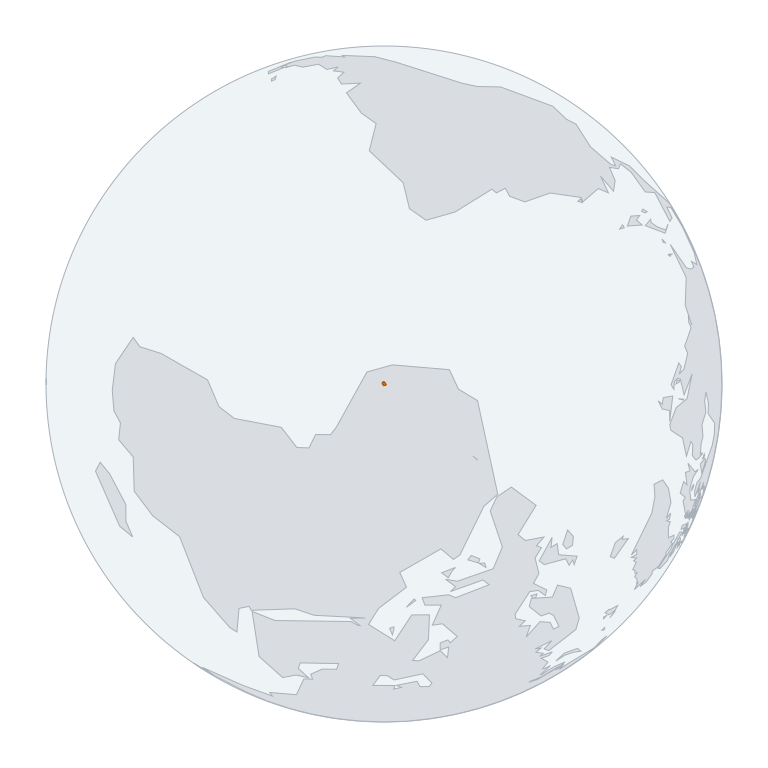 Lola highlighted on a globe, orthographic projection, rotated 130°
{"feature_id": "GIN-5650", "entity_name": "Lola", "entity_type": "Prefecture", "adm_level": 1, "iso_a3": "GIN", "parent_name": "Guinea", "parent_adm1": "", "projection": "orthographic", "projection_center": [-8.285, 7.882], "detail": "fine", "context": "on_globe", "style": "filled", "palette": "amber", "viewbox_px": 768, "rotation_deg": 130, "n_neighbors": 0, "source": "natural_earth", "source_scale": "10m", "svg_char_len": 9095}
<svg xmlns="http://www.w3.org/2000/svg" viewBox="0 0 768 768"><g transform="rotate(130 384 384)"><circle cx="384" cy="384" r="338" fill="#eef3f6" stroke="#a8b0b8"/><path d="M274.4,64.4L256.3,71.7L262.8,69.3L255.7,73.5L260.6,72.6L253.7,75.9L263.6,72.5L269.0,69.8L275.1,67.6L278.5,67.2L270.3,70.9L267.4,71.7L266.7,72.7L261.1,74.9L265.8,73.6L255.4,78.8L270.6,73.2L266.5,77.2L258.2,80.9L252.8,80.9L220.1,93.1L210.0,98.7L201.4,105.6L198.4,116.6L189.9,123.4L183.1,132.3L190.6,127.7L198.6,119.4L210.9,114.2L219.3,105.8L225.5,102.9L236.7,95.0L241.7,96.1L240.6,101.8L231.6,108.8L230.8,111.9L244.9,105.9L233.4,120.7L235.1,134.5L231.4,139.0L214.3,145.0L200.4,142.4L178.3,154.4L199.4,147.1L189.8,160.1L191.1,162.9L195.6,163.0L201.8,158.5L200.0,163.6L178.4,171.7L179.8,167.1L186.6,164.3L180.0,163.7L165.4,171.0L161.7,178.0L143.5,184.9L140.7,190.4L135.1,195.6L140.9,186.1L130.1,203.8L108.2,220.9L93.1,254.3L100.6,227.1L98.8,222.8L95.2,221.9L92.4,227.2L91.4,221.2L84.0,230.7L71.7,256.5L64.4,277.8L66.6,281.0L71.6,270.1L75.7,269.5L63.3,299.6L68.9,307.3L62.9,330.9L63.3,344.3L68.4,342.8L73.1,350.5L79.6,337.7L88.8,332.1L85.6,351.7L93.3,335.0L96.6,345.5L116.8,348.8L114.4,352.9L130.9,379.5L154.0,393.2L159.4,408.4L156.1,416.9L165.3,420.7L165.5,426.6L206.7,440.2L231.5,457.0L233.3,477.2L217.5,498.6L214.8,545.2L189.6,557.4L191.0,575.5L185.1,599.9L168.7,595.4L181.6,609.5L179.3,616.2L170.9,615.1L176.6,624.0L170.7,623.0L179.7,629.9L181.1,639.7L193.4,649.8L197.2,657.4L205.5,663.2L202.9,662.5L203.1,663.9L206.8,666.8L194.1,659.9L178.1,647.2L173.5,641.5L169.9,639.6L158.8,624.4L159.0,627.0L139.3,601.6L129.5,581.1L103.5,517.7L96.2,503.9L81.5,485.6L62.8,433.3L63.9,414.2L61.5,404.0L69.6,378.2L70.0,351.3L67.9,346.7L64.1,355.7L59.2,336.2L61.0,315.5L62.1,281.1L70.3,258.4L80.1,236.2L91.5,214.9L104.3,194.4L118.6,174.8L134.2,156.4L151.2,139.1L169.3,123.1L188.5,108.4L208.7,95.1L229.9,83.3L251.8,73.0L274.4,64.4ZM87.8,265.6L94.7,285.7L86.4,285.6L88.7,283.0L87.9,275.2L84.9,267.3L78.9,269.1L87.8,265.6ZM100.9,248.7L99.3,246.8L101.5,247.3L100.9,248.7ZM233.1,95.1L234.8,95.1L231.9,96.5L233.1,95.1ZM236.4,92.0L231.7,93.7L232.6,92.5L235.4,91.5L236.4,92.0ZM241.9,90.3L234.6,90.3L236.2,88.3L248.4,82.9L241.9,90.3ZM269.2,69.2L263.6,72.0L265.1,70.2L269.2,69.2ZM268.7,68.7L264.6,68.1L274.5,64.4L273.9,64.9L284.3,61.2L291.2,59.5L287.0,61.2L279.2,63.8L287.8,61.4L268.7,68.7ZM277.7,66.7L276.0,66.6L284.5,63.2L289.5,62.8L285.1,64.0L277.7,66.7ZM294.9,58.0L298.4,57.1L302.2,56.1L292.2,59.2L284.6,61.0L294.9,58.0ZM284.9,64.5L291.8,62.9L290.9,64.2L280.0,66.6L284.9,64.5ZM284.6,62.6L288.9,61.1L288.1,61.8L284.6,62.6ZM291.5,69.3L289.3,68.6L293.5,66.6L291.5,69.3ZM294.5,62.2L294.7,61.8L296.2,61.1L300.4,60.4L294.5,62.2ZM298.2,57.8L299.9,57.7L302.7,56.4L308.5,55.4L300.7,57.8L306.5,56.3L308.3,56.1L300.0,58.5L298.2,57.8ZM308.9,57.9L301.1,61.6L304.3,63.0L300.6,64.6L296.1,62.2L308.9,57.9ZM304.4,57.9L306.4,58.2L300.8,59.7L296.0,60.5L304.4,57.9ZM315.2,54.0L308.3,54.9L310.3,54.4L315.2,54.0ZM311.0,57.9L312.8,57.1L311.9,57.8L311.0,57.9ZM315.1,54.7L312.5,54.9L314.7,54.3L315.1,54.7ZM318.8,55.5L316.2,56.5L312.9,56.9L318.8,55.5ZM318.0,54.8L321.8,54.0L313.2,56.5L316.4,55.0L318.0,54.8ZM317.7,54.1L318.2,53.8L318.5,54.1L317.7,54.1ZM332.9,53.9L322.9,56.9L315.6,57.6L326.3,54.4L332.9,53.9ZM218.9,673.4L197.0,662.0L207.6,667.5L205.8,664.0L220.7,671.9L218.9,673.4ZM217.5,664.5L220.8,663.1L224.3,664.9L222.8,666.3L217.5,664.5ZM702.1,270.1L708.9,293.4L716.2,325.3L717.8,341.0L705.5,298.1L694.8,268.9L693.7,273.2L678.3,251.4L661.4,255.8L656.0,248.9L653.5,253.6L642.2,248.2L632.9,236.9L627.4,239.1L651.5,268.9L657.0,266.9L657.5,253.0L663.5,264.3L674.0,272.9L673.0,304.6L643.0,338.8L635.2,315.4L587.1,256.5L585.8,249.3L585.4,248.6L584.5,247.2L585.1,259.1L575.2,247.9L606.1,288.9L613.5,307.8L642.7,340.3L641.1,344.5L649.1,350.8L668.5,337.3L669.7,345.4L663.5,385.2L632.3,442.5L633.6,476.5L626.7,506.4L601.1,529.2L597.2,551.4L583.2,560.9L578.2,573.6L563.4,588.2L541.0,602.8L509.5,606.1L512.4,595.0L503.9,574.3L494.3,521.8L507.4,495.9L506.6,476.5L483.2,434.8L488.7,410.0L481.2,400.4L466.6,403.9L457.3,392.4L448.0,392.7L385.8,404.8L364.0,389.9L331.0,343.1L340.1,323.6L336.6,301.7L395.3,226.0L413.4,228.9L466.1,216.0L473.7,218.0L473.7,234.4L518.2,250.8L525.2,236.2L559.4,243.9L578.1,241.3L573.8,210.7L543.1,214.3L531.6,200.8L551.3,185.6L577.3,184.4L573.7,179.3L552.1,169.4L552.8,159.4L544.0,165.4L551.5,170.1L546.2,174.5L539.0,170.6L539.6,166.9L530.3,165.6L530.1,185.1L537.7,192.0L516.5,198.0L527.1,210.5L523.2,217.4L503.9,199.0L501.7,191.8L470.2,174.4L470.5,182.2L500.3,199.7L493.3,198.8L494.0,211.3L488.0,201.1L455.3,181.6L432.7,188.6L413.0,221.0L397.9,225.0L381.1,220.2L379.2,189.5L413.2,184.5L413.0,175.1L398.4,163.1L409.9,163.2L408.1,158.2L420.2,156.4L429.6,143.5L440.7,141.3L437.1,127.0L442.3,124.4L443.0,133.2L449.4,138.9L476.1,135.6L479.1,132.2L474.6,123.6L482.6,124.5L474.8,116.7L486.5,112.4L465.7,111.7L459.8,103.4L462.9,96.6L457.2,94.1L452.2,105.5L453.5,110.4L460.7,114.5L461.1,129.7L453.5,133.2L438.9,118.0L426.5,121.8L420.5,109.7L437.8,84.0L448.7,79.2L482.3,86.4L484.0,91.1L472.8,90.5L489.9,97.9L485.2,93.9L491.8,95.2L487.9,88.9L492.4,89.6L480.9,82.9L486.0,83.1L493.1,87.3L491.6,79.7L500.1,79.4L497.6,77.5L492.6,75.5L506.7,77.4L504.3,76.0L498.7,74.7L490.1,71.4L480.5,66.6L485.9,67.5L490.1,69.3L507.1,75.1L517.5,80.8L518.7,80.8L511.0,76.2L490.3,68.9L483.0,65.9L492.7,68.6L488.6,67.3L486.7,66.2L489.8,66.2L479.1,63.1L450.5,53.2L453.7,53.4L465.6,56.1L464.3,55.8L487.3,62.2L509.7,70.3L531.5,80.0L552.5,91.1L572.7,103.7L592.0,117.7L610.2,133.0L627.4,149.5L643.3,167.3L657.9,186.1L671.1,205.9L683.0,226.5L693.3,248.0L702.1,270.1ZM382.0,263.1L382.0,269.6L382.0,263.1ZM609.8,199.6L622.1,198.8L607.9,181.8L611.4,180.5L605.3,175.6L606.8,180.7L590.5,167.6L592.7,161.9L586.8,155.0L582.3,155.0L581.0,167.9L604.3,186.1L605.2,193.8L609.8,199.6ZM117.5,348.7L119.5,352.9L116.0,352.4L117.5,348.7ZM82.9,293.1L85.4,294.4L86.0,297.8L83.6,298.1L82.9,293.1ZM109.9,300.4L113.9,303.1L108.7,303.6L109.9,300.4ZM96.3,288.5L106.6,299.1L96.7,302.8L90.6,296.4L96.1,296.1L96.3,288.5ZM95.0,259.1L96.1,261.0L94.2,264.3L95.0,259.1ZM102.4,249.2L101.6,249.3L102.1,246.3L102.4,249.2ZM191.1,159.6L192.8,159.1L196.3,160.3L192.6,162.0L191.1,159.6ZM224.3,154.8L220.6,163.1L220.7,157.9L214.8,161.2L207.6,155.1L229.1,141.0L220.7,148.1L224.3,154.8ZM204.0,144.5L206.1,149.0L203.0,144.7L204.0,144.5ZM386.4,135.9L393.0,138.2L392.0,143.9L377.8,149.5L379.1,140.9L386.4,135.9ZM402.5,140.4L391.8,125.4L400.2,122.2L397.3,126.3L403.9,125.7L401.0,132.4L419.4,145.2L419.7,151.4L393.5,156.6L401.9,151.1L395.0,148.8L402.5,140.4ZM349.9,101.6L345.4,97.5L369.4,95.5L370.8,99.7L356.9,104.8L346.9,102.9L349.9,101.6ZM264.7,81.8L261.5,82.2L263.8,80.9L268.4,79.6L264.7,81.8ZM290.1,69.1L281.4,79.7L277.2,80.4L277.2,87.0L266.1,91.7L266.5,87.0L258.0,96.2L253.9,93.9L249.3,100.2L251.4,89.3L247.4,88.4L256.1,87.5L266.4,83.0L269.6,80.8L275.8,74.3L272.3,71.2L281.9,67.2L289.7,65.2L292.0,65.3L285.0,67.7L293.1,66.2L284.8,69.8L290.1,69.1ZM374.7,57.7L365.6,58.1L380.5,60.1L372.2,61.9L374.5,62.1L370.9,64.6L370.5,68.1L365.9,68.8L367.7,70.0L365.4,72.0L366.4,74.1L358.4,76.2L359.0,79.1L354.9,78.6L357.9,83.1L352.1,80.8L348.5,83.9L356.1,84.5L310.6,95.9L296.1,104.1L287.2,112.7L278.3,108.9L281.0,99.1L290.3,88.0L305.5,81.3L298.7,81.4L304.0,78.4L307.2,79.6L305.5,76.1L310.7,74.2L319.0,67.3L313.4,64.7L316.2,62.6L321.0,62.7L320.6,60.6L331.6,59.6L333.9,58.2L347.1,56.5L355.0,58.2L357.0,56.7L367.1,55.9L374.7,57.7ZM336.7,53.4L348.0,54.0L349.1,55.6L325.7,58.2L322.1,59.5L307.1,62.3L305.9,60.2L310.3,59.5L314.2,58.4L313.0,59.5L317.0,57.8L323.2,57.0L327.9,55.7L330.3,56.1L336.7,53.4ZM478.6,211.4L483.8,211.6L491.1,210.2L491.6,218.5L478.6,211.4ZM456.3,198.2L460.4,196.7L464.8,206.7L459.3,207.0L456.3,198.2ZM459.0,188.0L460.3,195.9L456.4,191.7L459.0,188.0ZM446.5,131.8L450.5,130.3L452.3,132.2L451.8,135.5L446.5,131.8ZM417.1,67.7L411.7,66.7L412.0,66.0L403.5,62.6L408.9,61.5L416.2,63.2L417.1,67.7ZM570.7,216.4L567.5,222.7L563.7,220.3L565.6,218.6L570.7,216.4ZM529.4,220.6L540.6,223.3L529.4,222.8L529.4,220.6ZM421.6,65.9L417.5,64.5L422.7,64.9L421.6,65.9ZM412.5,60.7L418.0,60.8L408.6,61.1L412.5,60.7ZM601.8,642.0L598.2,645.3L596.7,646.3L601.8,642.0ZM662.8,495.1L636.2,549.0L626.4,551.1L629.2,536.4L642.2,504.4L655.1,493.4L662.7,478.2L662.8,495.1ZM716.8,328.1L719.8,346.3L720.0,350.3L716.8,328.1ZM462.2,61.5L468.0,66.7L475.7,71.2L485.8,74.3L474.1,72.8L462.1,65.8L462.2,61.5ZM451.4,53.7L442.6,52.1L444.6,52.1L446.9,52.5L451.4,53.7ZM447.3,53.2L439.9,52.7L433.8,51.4L440.9,52.0L447.3,53.2ZM431.2,57.4L432.5,58.9L428.2,58.3L431.2,57.4Z" fill="#d9dde1" stroke="#a8b0b8" stroke-width="1"/><path d="M385.3,383.2L385.3,383.3L385.2,383.6L384.9,384.0L384.9,384.3L385.1,384.4L385.1,384.5L385.0,384.9L384.9,385.0L384.7,385.2L384.7,385.3L384.5,385.6L384.5,385.8L384.3,386.0L384.1,385.9L383.9,385.7L383.7,385.7L383.4,385.7L383.2,385.6L382.8,385.9L382.7,385.8L382.5,385.7L382.4,385.5L382.3,385.4L382.4,385.1L382.6,384.9L382.7,384.7L382.6,384.4L382.5,384.1L382.5,383.7L382.6,383.3L382.8,383.0L382.9,382.7L383.1,382.6L383.1,382.4L383.2,382.0L383.5,382.0L384.0,382.1L384.5,382.5L385.0,383.0L385.3,383.2Z" fill="#f59e0b" stroke="#b45309" stroke-width="1.5"/></g></svg>